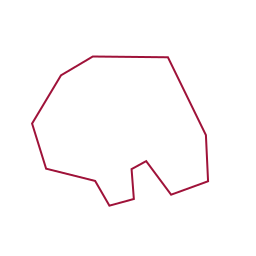 outline of Termez city, Surkhandarya, Uzbekistan, rotated 108°
{"feature_id": "79887680B32786671178541", "entity_name": "Termez city", "entity_type": "district", "adm_level": 2, "iso_a3": "UZB", "parent_name": "Uzbekistan", "parent_adm1": "Surkhandarya", "projection": "orthographic", "projection_center": [67.33, 37.241], "detail": "fine", "context": "isolated", "style": "outline", "palette": "rose", "viewbox_px": 256, "rotation_deg": 108, "n_neighbors": 0, "source": "geoboundaries", "source_scale": "gbopen_adm2", "svg_char_len": 328}
<svg xmlns="http://www.w3.org/2000/svg" viewBox="0 0 256 256"><g transform="rotate(108 128 128)"><path d="M153.9,100.5L178.1,66.4L153.9,35.4L110.7,51.7L48.4,111.9L70.9,183.6L98.6,208.0L153.4,220.6L192.0,193.3L188.5,142.9L207.6,121.7L193.7,100.5L166.0,111.9L153.9,100.5Z" fill="none" stroke="#9f1239" stroke-width="2"/></g></svg>